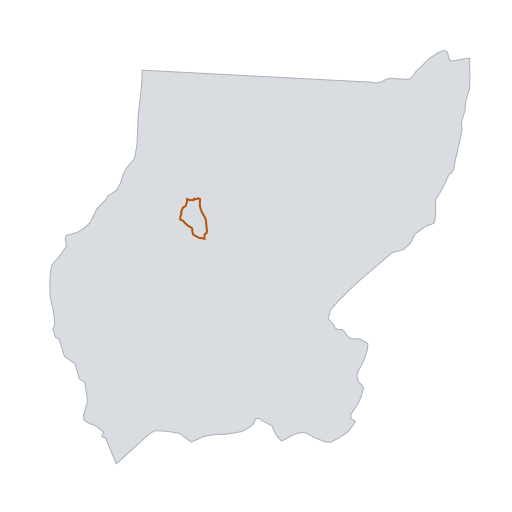 Kamuli highlighted on a map of Uganda, rotated 183°
{"feature_id": "UGA-3069", "entity_name": "Kamuli", "entity_type": "District", "adm_level": 1, "iso_a3": "UGA", "parent_name": "Uganda", "parent_adm1": "", "projection": "orthographic", "projection_center": [33.145, 0.917], "detail": "fine", "context": "in_parent", "style": "outline", "palette": "amber", "viewbox_px": 512, "rotation_deg": 183, "n_neighbors": 0, "source": "natural_earth", "source_scale": "10m", "svg_char_len": 2831}
<svg xmlns="http://www.w3.org/2000/svg" viewBox="0 0 512 512"><g transform="rotate(183 256 256)"><path d="M379.4,435.6L371.1,435.6L357.7,435.6L344.2,435.6L330.8,435.6L317.4,435.6L303.9,435.6L290.5,435.6L277.1,435.6L263.6,435.6L250.2,435.6L236.8,435.6L223.4,435.6L209.9,435.6L196.5,435.6L183.1,435.6L169.6,435.6L156.2,435.6L148.3,435.6L146.7,435.4L145.6,435.0L140.5,436.0L135.3,439.3L129.7,440.7L123.8,440.1L123.0,440.5L120.0,440.4L115.6,440.2L111.7,441.0L108.7,443.9L105.7,448.9L100.2,454.6L95.9,459.6L92.2,463.2L83.9,469.1L79.3,470.9L77.0,470.6L75.6,469.5L73.0,461.9L71.4,460.7L55.1,464.6L52.7,464.7L52.9,462.3L51.7,444.5L51.5,433.6L53.6,426.8L54.8,419.0L55.0,412.0L57.9,400.3L56.8,393.2L60.7,368.4L61.7,364.4L63.2,352.4L65.6,348.7L67.7,347.2L70.5,339.9L75.9,328.2L79.6,322.1L78.8,308.9L79.4,299.9L80.2,297.9L88.1,294.6L98.3,286.3L102.7,276.5L108.8,270.3L120.6,266.2L155.7,232.7L172.1,214.6L179.2,205.4L179.4,202.1L180.8,197.7L177.9,194.3L174.6,191.2L173.4,188.3L170.5,186.9L166.3,187.0L163.5,184.9L160.4,180.8L157.3,178.3L147.3,178.5L139.7,174.3L139.8,168.7L142.8,157.5L148.6,144.7L148.9,141.2L148.1,138.2L146.7,135.6L144.1,133.1L141.7,130.0L143.6,120.9L147.3,111.9L150.3,107.4L153.2,102.3L152.4,98.2L148.1,96.1L150.4,92.1L155.0,85.3L164.0,78.5L171.8,73.9L177.1,73.9L187.3,77.5L196.5,81.8L201.6,82.1L207.7,80.3L220.5,72.6L223.6,75.1L227.3,79.7L231.3,87.4L239.3,90.9L243.2,93.3L245.9,94.0L247.5,93.4L250.5,87.3L254.2,84.1L261.0,79.9L276.0,76.6L286.8,75.6L291.3,74.9L298.9,73.0L310.9,66.8L322.7,74.8L335.6,76.3L348.0,76.2L351.8,73.8L354.0,72.0L367.0,58.9L384.7,41.1L396.5,66.1L400.5,67.6L400.0,69.8L399.0,71.9L406.7,77.9L416.2,81.0L419.5,84.1L419.9,87.5L416.7,102.1L417.3,106.2L420.4,120.9L426.0,124.2L431.0,138.9L441.2,145.2L442.6,147.0L445.0,154.1L448.1,161.9L450.5,163.8L452.0,164.2L455.0,172.5L453.3,177.2L455.6,191.4L459.4,204.0L460.5,219.2L460.5,225.9L460.4,229.9L459.5,235.7L457.7,239.0L454.5,242.3L450.9,247.4L447.8,252.8L445.8,255.5L447.4,263.7L447.0,265.9L446.2,266.9L441.6,268.1L435.7,270.3L432.1,272.5L427.1,276.7L423.1,281.2L417.7,294.4L408.8,304.7L407.3,308.1L398.8,314.2L395.1,321.8L392.8,331.0L389.5,337.7L382.4,346.8L380.7,361.2L381.0,390.0L379.1,422.8L379.4,435.6Z" fill="#d9dde1" stroke="#a8b0b8" stroke-width="1"/><path d="M333.6,288.6L333.6,291.4L333.3,292.7L332.8,293.9L332.7,295.0L333.1,296.2L332.8,297.1L332.3,297.8L332.0,299.5L331.1,300.9L330.0,301.5L329.0,302.2L328.5,303.5L327.7,306.9L327.8,309.2L326.1,308.7L324.8,308.2L323.0,308.6L321.2,308.4L320.8,310.0L318.4,309.6L316.8,310.7L314.8,309.8L314.9,306.4L314.6,302.8L313.6,299.6L312.2,296.7L308.6,291.1L307.7,288.1L306.3,278.1L306.5,276.5L308.2,275.2L308.5,273.7L308.5,272.0L308.2,270.6L314.0,271.2L319.7,273.9L320.8,276.9L321.2,280.2L323.0,281.5L324.9,282.2L328.4,285.0L330.6,287.2L333.6,288.6Z" fill="none" stroke="#b45309" stroke-width="2"/></g></svg>